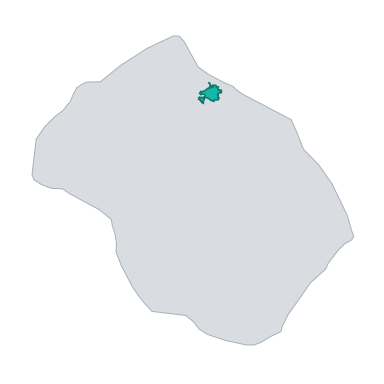 location of Thota-ea-Moli, Maseru, Lesotho, rotated 86°
{"feature_id": "5366337B11591763594047", "entity_name": "Thota-ea-Moli", "entity_type": "district", "adm_level": 2, "iso_a3": "LSO", "parent_name": "Lesotho", "parent_adm1": "Maseru", "projection": "orthographic", "projection_center": [27.504, -29.453], "detail": "fine", "context": "in_parent", "style": "filled", "palette": "teal", "viewbox_px": 384, "rotation_deg": 86, "n_neighbors": 0, "source": "geoboundaries", "source_scale": "gbopen_adm2", "svg_char_len": 5368}
<svg xmlns="http://www.w3.org/2000/svg" viewBox="0 0 384 384"><g transform="rotate(86 192 192)"><path d="M259.8,267.9L247.8,271.6L246.1,271.9L238.4,270.9L228.2,271.7L220.1,273.8L213.8,274.5L203.5,285.3L184.8,314.7L179.9,320.8L178.4,332.4L174.1,341.6L168.8,348.7L163.7,350.4L148.3,347.5L128.6,343.8L117.1,334.9L106.9,323.2L101.5,314.7L95.9,310.0L93.9,307.4L85.9,303.5L82.8,301.4L80.2,300.0L76.9,294.3L75.0,289.4L75.7,275.8L70.0,267.6L60.3,253.7L54.1,242.3L45.6,226.8L40.4,213.5L35.0,199.7L35.7,193.8L40.8,189.7L55.8,182.7L67.5,177.3L75.8,167.4L84.9,152.8L89.4,143.9L93.8,139.9L98.6,133.7L107.1,119.9L116.6,104.5L126.7,88.1L139.5,83.4L157.0,77.9L173.9,63.6L194.0,51.6L226.4,38.7L241.5,35.5L247.3,33.6L250.9,36.1L254.6,43.7L260.1,50.1L272.7,61.2L278.1,63.9L291.0,80.3L305.0,91.6L320.9,104.6L331.8,111.1L337.4,113.0L341.9,124.4L346.5,133.0L349.0,140.9L348.3,148.6L343.0,167.3L335.2,186.5L329.2,194.4L321.9,199.3L314.7,206.8L311.8,222.2L308.3,240.3L299.0,247.7L291.8,252.5L281.8,258.4L259.8,267.9Z" fill="#d9dde1" stroke="#a8b0b8" stroke-width="1"/><path d="M104.5,174.4L104.3,174.4L104.1,174.5L103.7,174.4L103.2,174.4L102.7,174.3L102.5,174.2L102.2,174.1L101.3,173.7L100.9,173.6L100.5,173.4L100.2,173.3L100.0,173.2L99.9,172.9L99.3,172.8L99.0,172.5L98.7,172.5L98.6,171.6L98.9,171.0L99.3,170.2L100.0,168.8L100.3,168.4L100.7,168.1L101.0,167.9L101.4,167.5L101.6,167.1L101.9,166.7L102.5,165.6L103.1,163.7L102.9,163.7L102.7,163.7L102.5,163.8L102.5,163.6L102.3,163.5L102.2,163.4L102.0,163.2L101.8,163.2L101.7,163.3L101.6,163.1L101.7,162.9L101.6,162.7L101.6,162.4L101.6,162.2L101.6,161.9L101.7,161.7L101.8,161.4L101.8,161.2L101.7,160.9L101.8,160.9L101.7,160.6L101.8,160.4L101.8,160.1L101.7,160.1L101.6,159.9L101.7,159.5L101.7,159.4L101.7,159.2L101.4,159.0L101.2,159.1L101.3,159.2L101.1,159.3L100.8,159.2L100.6,159.1L100.6,158.9L100.5,158.6L100.3,158.4L100.0,158.5L99.8,158.8L99.7,158.9L99.4,159.0L99.5,159.2L99.5,159.3L99.3,159.4L99.2,159.6L98.7,159.1L98.3,159.0L98.2,159.0L98.3,159.1L98.2,159.1L97.9,159.2L97.9,159.3L98.0,159.5L97.9,159.5L97.6,159.7L97.3,159.9L97.2,159.9L97.0,159.7L96.9,159.6L96.9,159.4L96.7,159.3L96.4,159.3L96.0,159.3L95.9,159.3L95.7,159.2L95.8,159.1L95.7,158.7L95.3,158.3L94.9,157.9L94.7,157.6L94.7,157.4L94.8,157.3L94.9,157.0L95.0,156.9L95.3,156.7L95.3,156.4L95.2,156.3L95.1,156.1L94.9,155.9L94.6,156.0L94.4,155.9L94.4,155.7L94.0,155.4L93.9,155.5L94.0,155.6L94.0,155.9L94.0,156.0L93.9,156.1L93.5,156.0L93.4,156.0L93.3,156.4L93.4,156.6L93.2,156.8L93.1,156.7L92.8,156.3L92.6,156.1L92.5,155.9L92.4,155.8L92.3,156.0L92.5,156.3L92.4,156.7L92.4,156.9L92.0,157.1L92.0,157.3L92.3,157.4L92.3,157.5L92.2,157.9L91.9,158.2L91.9,158.6L91.7,158.9L91.4,159.1L91.0,159.0L90.9,159.0L90.5,159.3L90.4,159.3L90.2,159.3L90.1,159.1L90.0,158.8L89.9,158.8L89.8,158.7L89.7,158.7L89.6,158.8L89.4,158.9L89.3,158.7L89.1,158.5L88.9,158.4L88.9,158.5L88.9,159.1L88.9,159.5L88.8,160.0L88.8,160.4L88.6,160.3L88.2,160.3L87.8,160.4L87.6,160.7L87.4,160.7L87.4,160.8L87.3,161.0L86.9,162.0L87.0,162.1L87.0,162.3L87.1,162.5L87.1,162.9L87.1,163.0L87.0,163.4L86.8,163.7L86.9,163.9L87.1,164.0L87.6,164.5L88.0,164.6L88.3,164.5L88.4,164.4L88.4,164.1L88.5,163.9L88.5,163.6L88.8,163.6L88.8,163.9L89.1,163.9L89.2,164.0L89.0,164.3L89.0,164.5L88.9,164.7L88.8,164.8L88.6,165.0L88.2,165.3L88.0,165.5L87.8,165.7L87.7,165.7L87.1,165.7L87.0,165.9L86.6,166.1L86.4,166.2L86.1,166.4L86.0,166.5L85.7,166.4L85.7,166.6L85.4,166.7L85.2,166.7L85.1,166.8L84.9,166.9L84.6,166.9L84.4,167.0L84.2,167.0L84.2,167.5L84.3,167.6L84.4,167.4L84.5,167.4L84.9,167.3L85.0,167.2L85.4,166.9L85.6,166.8L85.7,166.7L85.9,166.6L86.1,166.5L86.4,166.5L86.4,166.4L86.6,166.4L86.9,166.3L87.0,166.4L87.2,166.5L87.4,166.3L87.5,166.3L87.8,166.4L87.9,166.5L88.2,166.6L88.4,166.8L88.4,167.1L88.5,167.2L88.7,166.9L88.8,166.8L89.0,167.0L89.3,167.5L89.3,167.4L89.4,167.1L89.4,166.8L89.5,166.7L89.7,166.8L89.7,167.5L89.4,167.9L89.4,168.1L89.5,168.3L89.5,168.5L89.7,168.8L89.8,169.2L89.8,169.4L90.0,169.7L90.5,169.9L90.6,170.1L90.6,170.4L90.9,170.9L91.3,171.3L91.6,171.7L91.8,171.9L91.9,172.3L92.2,172.7L92.3,173.0L92.2,173.7L92.3,173.9L92.3,174.2L92.4,174.4L92.4,174.7L92.4,175.0L92.6,175.1L92.8,175.2L92.7,175.3L92.7,175.6L92.5,175.9L92.5,176.1L92.4,176.4L92.5,176.5L92.7,176.4L92.9,176.3L93.2,176.2L93.4,176.3L93.5,176.4L93.7,176.6L93.9,177.1L93.9,177.3L93.8,177.5L94.0,177.7L94.3,177.4L94.5,177.1L94.7,176.9L94.9,176.9L95.4,176.5L95.4,176.4L95.5,176.3L95.4,176.2L95.5,176.0L95.4,175.6L95.3,175.3L95.3,175.2L95.2,175.0L95.2,174.8L95.1,174.7L95.2,173.6L95.2,173.4L95.4,173.2L95.4,172.9L95.5,172.6L96.1,172.1L96.4,172.0L96.9,172.2L97.1,172.5L97.3,172.6L97.7,172.7L97.8,172.8L97.7,173.0L97.8,173.2L98.0,173.2L98.1,173.4L98.2,173.5L98.3,173.7L98.4,173.8L98.5,174.2L98.6,174.3L98.7,174.2L98.9,174.2L98.9,174.4L98.9,174.9L98.5,175.5L98.2,175.6L98.1,175.8L98.3,176.3L98.3,176.6L98.1,177.6L97.9,177.9L98.1,178.0L98.7,178.3L98.9,178.6L98.8,178.8L99.0,178.8L99.4,178.7L99.5,178.5L99.8,178.4L99.9,178.5L99.9,178.3L100.2,178.2L100.4,178.1L100.3,177.9L100.3,177.7L100.4,177.8L100.5,177.8L100.5,177.7L100.8,177.7L101.1,177.4L101.3,177.0L101.3,176.9L101.5,176.7L101.8,176.5L102.0,176.6L102.0,176.4L102.1,176.2L102.3,176.0L102.3,175.9L102.5,175.6L102.7,175.8L103.0,175.9L103.0,176.0L103.3,176.0L103.4,175.9L103.5,176.0L103.6,175.9L103.7,175.3L103.8,175.3L104.0,174.9L104.4,174.7L104.5,174.5L104.5,174.4Z" fill="#14b8a6" stroke="#0f766e" stroke-width="1.5"/></g></svg>